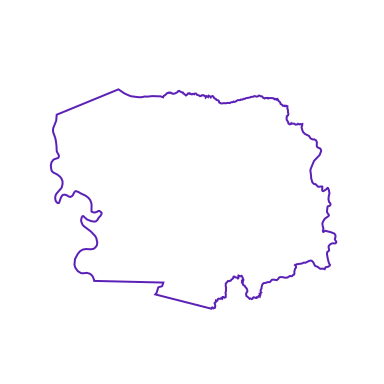 Obando, Valle del Cauca, Colombia (Natural Earth projection), rotated 340°
{"feature_id": "7082276B70785210683383", "entity_name": "Obando", "entity_type": "district", "adm_level": 2, "iso_a3": "COL", "parent_name": "Colombia", "parent_adm1": "Valle del Cauca", "projection": "natural_earth1", "projection_center": [-75.925, 4.598], "detail": "fine", "context": "isolated", "style": "outline", "palette": "violet", "viewbox_px": 384, "rotation_deg": 340, "n_neighbors": 0, "source": "geoboundaries", "source_scale": "gbopen_adm2", "svg_char_len": 6013}
<svg xmlns="http://www.w3.org/2000/svg" viewBox="0 0 384 384"><g transform="rotate(340 192 192)"><path d="M316.3,231.7L316.0,231.2L312.7,230.4L312.2,230.0L310.8,226.9L310.0,226.6L309.1,225.8L308.4,224.0L308.7,219.6L309.4,217.7L310.6,212.2L311.7,210.6L317.3,204.5L324.6,200.9L327.5,197.5L327.5,195.4L327.1,194.7L325.4,193.2L324.9,192.0L325.1,191.0L326.3,188.3L326.3,186.1L325.0,184.4L323.6,184.0L321.8,182.3L321.1,179.3L318.1,176.2L317.0,174.0L316.8,172.3L317.0,169.1L317.4,168.1L318.1,167.5L318.9,165.8L317.3,165.6L316.8,165.1L315.9,165.2L314.9,164.1L313.7,164.5L312.2,164.0L311.5,162.8L309.9,162.1L309.1,162.0L308.8,161.3L308.1,161.9L307.1,161.9L306.7,161.7L306.2,160.9L306.0,160.3L306.3,159.5L305.7,156.4L306.3,154.5L307.1,153.5L307.1,153.1L308.5,152.8L309.4,151.4L309.4,150.0L310.2,147.8L310.1,146.4L311.0,144.0L309.8,143.0L308.8,143.3L308.3,143.0L308.1,142.3L307.0,142.2L306.4,140.7L305.4,139.7L305.5,137.8L304.3,135.7L304.5,135.2L304.1,133.7L303.6,133.6L302.9,134.1L302.2,133.1L301.4,133.2L301.0,132.9L300.8,131.9L298.6,130.8L297.1,130.4L296.2,129.9L295.8,130.2L295.3,130.1L295.1,129.4L293.0,128.7L292.5,129.0L292.1,128.9L291.1,127.8L290.6,126.2L289.3,125.5L288.4,124.5L287.8,124.3L286.7,124.7L285.4,124.5L283.5,123.2L281.9,123.4L280.0,122.8L278.5,123.0L275.1,122.3L273.4,122.5L272.4,122.1L271.1,122.4L270.2,122.2L269.6,121.8L268.7,122.1L266.2,121.3L264.1,121.9L262.5,121.8L261.9,121.2L261.0,121.5L259.6,121.1L257.7,121.3L256.3,120.5L253.7,120.1L252.7,119.5L249.7,118.8L248.1,117.1L248.4,115.9L248.1,115.0L246.5,113.9L246.3,112.8L245.0,111.5L244.8,110.1L244.2,108.9L243.0,108.8L242.0,109.5L241.6,108.4L240.5,107.1L240.0,107.4L239.6,108.2L238.4,106.9L237.9,107.6L237.2,107.9L237.4,106.7L236.5,105.9L236.1,105.0L235.0,104.8L234.2,104.4L233.8,104.8L232.3,104.7L231.8,103.8L230.0,102.5L229.6,101.1L229.3,100.9L228.1,100.4L227.4,100.9L226.5,100.1L225.4,100.3L224.7,99.9L224.4,99.2L223.7,99.2L223.2,98.2L222.7,98.4L221.9,98.0L220.9,98.8L219.3,99.2L218.1,96.9L217.5,96.4L217.5,95.4L216.9,95.2L215.8,94.1L214.5,92.6L213.4,92.5L212.8,93.1L209.9,93.6L207.8,93.3L207.0,92.4L206.4,92.2L206.1,91.4L205.6,91.4L205.1,91.0L204.6,91.1L204.4,90.7L203.9,90.9L202.8,90.5L199.7,91.8L198.5,91.9L197.2,93.1L195.2,91.4L187.5,88.3L181.9,86.9L180.7,86.2L176.7,85.6L174.1,84.6L167.5,81.2L165.6,79.6L162.1,76.1L158.0,70.4L91.3,73.1L88.8,78.5L83.3,84.7L82.3,86.9L82.0,88.7L82.0,94.3L81.5,97.8L80.3,102.8L78.9,107.1L78.9,108.5L79.4,111.8L79.3,112.7L78.3,114.0L77.3,114.2L73.8,114.1L72.4,114.5L70.1,116.1L68.4,118.8L67.4,123.1L67.5,124.6L68.4,126.3L71.3,129.4L72.9,131.9L73.9,134.4L74.0,137.6L73.1,140.2L71.3,142.9L70.6,143.6L64.1,147.2L62.6,148.6L61.6,150.3L61.1,151.8L60.9,153.6L61.3,155.4L62.3,156.7L63.4,156.7L67.1,152.2L69.0,150.8L69.8,150.6L71.6,151.0L73.4,152.4L74.5,154.0L76.1,155.1L78.5,154.6L81.3,152.0L82.3,151.5L83.3,151.5L85.3,153.2L87.0,155.3L90.7,159.0L92.7,162.1L93.3,163.9L93.6,165.0L93.6,168.1L93.2,169.8L90.9,175.9L91.0,176.2L92.1,177.2L93.5,178.0L95.9,178.1L97.5,177.8L98.6,178.2L99.7,180.0L99.9,180.9L99.2,182.0L97.9,183.1L95.3,184.4L93.6,185.9L91.6,186.7L90.2,186.5L87.2,184.8L84.0,182.0L81.6,177.5L80.8,177.3L79.7,178.1L78.2,180.4L77.8,182.1L78.0,185.6L78.6,187.0L83.4,194.4L86.0,200.3L86.3,202.9L85.7,207.1L84.5,209.3L83.5,210.3L81.1,211.5L80.0,211.7L77.2,211.2L72.8,209.3L70.0,208.8L68.7,208.9L66.2,209.5L63.5,211.1L59.2,214.9L57.0,219.4L56.6,220.6L56.5,223.5L57.6,227.3L59.9,230.2L61.7,231.1L65.5,232.0L68.1,233.9L69.1,235.5L69.8,237.4L69.9,240.9L69.7,242.1L134.1,267.3L131.9,270.1L131.0,270.3L128.5,270.0L127.6,270.2L124.2,274.7L122.5,275.7L170.3,308.3L170.9,307.5L171.5,307.4L171.9,307.5L172.4,308.7L174.0,308.6L175.0,306.8L175.2,304.1L175.5,303.8L176.5,303.8L177.4,302.1L178.0,302.7L178.5,302.9L178.9,302.6L179.4,301.7L180.4,301.3L181.7,302.0L182.6,301.7L183.7,302.8L184.2,302.4L184.3,301.4L184.8,301.1L185.6,301.4L186.5,302.5L187.7,302.3L188.8,299.7L189.0,298.2L190.3,296.3L190.6,294.9L191.3,293.8L191.4,292.2L192.4,289.6L195.5,287.9L196.4,288.5L198.2,288.5L198.9,287.8L200.0,287.6L201.3,287.0L201.8,286.0L202.3,285.7L203.1,286.1L203.7,287.1L205.1,288.0L205.6,289.0L206.1,288.8L206.2,288.1L206.5,287.8L206.9,286.6L207.1,286.7L207.0,287.7L207.6,286.8L208.2,287.6L209.0,287.8L209.7,287.6L210.0,287.8L210.3,290.3L210.0,290.9L210.4,291.6L210.0,292.5L209.5,292.4L209.3,293.0L208.6,292.6L208.4,293.7L208.0,293.9L207.9,294.2L208.7,294.7L208.3,295.9L208.4,297.1L209.4,298.0L209.7,299.7L210.4,301.4L210.3,303.7L209.8,304.6L208.7,305.3L207.9,306.3L207.6,308.4L209.0,310.6L209.5,312.0L210.7,312.1L211.6,313.1L212.5,312.9L213.5,312.0L214.2,312.1L215.4,313.2L216.3,313.6L216.8,313.0L217.7,313.5L219.0,312.6L219.9,313.5L220.3,312.5L220.9,312.2L220.6,311.8L220.7,311.0L221.2,311.3L221.8,310.6L222.7,310.2L222.3,309.3L222.6,309.0L222.9,307.7L224.4,306.4L224.5,305.8L226.4,303.0L228.2,302.1L230.7,302.7L232.1,302.5L234.3,303.3L237.1,301.8L238.6,302.2L241.5,303.8L243.4,303.1L244.5,302.2L245.7,302.1L248.1,303.0L249.9,304.3L252.2,305.0L255.4,304.4L256.9,305.3L257.4,305.2L258.6,304.5L259.7,304.5L260.3,303.8L260.8,302.1L262.4,299.6L264.0,298.5L264.3,297.0L263.7,295.9L264.0,295.7L264.7,296.0L265.6,295.7L270.9,296.8L273.0,296.6L274.4,297.3L278.4,296.8L280.3,297.1L281.2,297.9L281.9,299.5L282.3,303.4L284.6,305.5L286.0,307.7L286.6,308.2L288.9,308.8L290.3,309.9L291.8,308.4L294.4,308.8L296.0,308.4L296.8,307.7L296.5,306.9L296.4,304.7L296.9,300.3L297.6,296.4L298.6,294.6L300.0,294.3L300.9,293.7L301.6,290.1L302.3,289.3L304.3,288.3L306.3,288.2L309.0,289.3L310.0,289.0L310.6,288.1L310.0,285.5L310.6,284.3L311.3,283.7L311.8,282.3L312.0,281.3L311.5,279.7L308.5,277.1L303.9,274.0L301.9,274.5L301.6,274.3L301.6,273.4L303.0,271.4L303.2,268.5L303.8,266.0L305.6,264.1L307.5,262.6L312.1,261.3L312.6,260.9L312.8,260.3L312.2,258.3L312.0,256.9L314.0,252.7L314.7,251.9L316.6,252.1L317.6,251.5L318.0,250.9L318.0,249.7L317.4,248.1L317.8,245.4L318.9,243.0L320.7,240.3L321.3,236.9L321.2,235.6L321.1,234.7L320.7,234.5L319.7,235.2L316.5,236.0L315.6,236.1L315.1,235.8L314.9,234.8L316.3,231.7Z" fill="none" stroke="#5b21b6" stroke-width="2"/></g></svg>